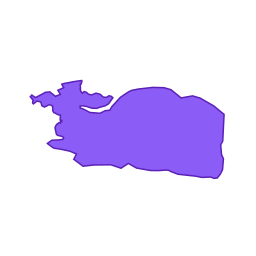 outline of Okrika, Rivers, Nigeria, rotated 287°
{"feature_id": "59680162B90615098764032", "entity_name": "Okrika", "entity_type": "district", "adm_level": 2, "iso_a3": "NGA", "parent_name": "Nigeria", "parent_adm1": "Rivers", "projection": "natural_earth1", "projection_center": [7.075, 4.627], "detail": "fine", "context": "isolated", "style": "filled", "palette": "violet", "viewbox_px": 256, "rotation_deg": 287, "n_neighbors": 0, "source": "geoboundaries", "source_scale": "gbopen_adm2", "svg_char_len": 2047}
<svg xmlns="http://www.w3.org/2000/svg" viewBox="0 0 256 256"><g transform="rotate(287 128 128)"><path d="M87.5,133.1L94.2,138.7L92.2,147.8L93.9,161.9L96.3,170.0L98.9,176.6L99.4,179.7L98.9,181.7L98.4,189.4L101.7,206.7L102.4,213.3L103.9,217.5L105.3,221.4L105.0,225.0L106.3,228.0L110.9,229.8L115.7,230.6L126.4,228.3L130.0,225.2L138.9,221.6L143.3,222.4L169.1,215.9L174.2,203.5L177.7,188.2L177.6,180.4L172.3,170.0L177.2,157.9L177.1,150.7L174.8,142.4L174.1,139.9L168.3,126.5L165.0,120.4L162.8,118.0L155.2,111.8L143.9,106.4L139.7,105.4L137.9,101.2L133.9,96.9L131.7,86.9L132.9,80.8L133.2,78.2L133.1,76.5L135.0,75.8L136.0,78.2L136.5,82.1L136.4,85.0L136.4,87.8L137.6,92.2L140.1,95.8L142.7,99.9L145.5,102.4L152.5,104.7L153.4,102.8L153.3,100.4L151.1,98.6L150.3,95.6L150.9,94.0L152.1,91.7L152.0,87.2L149.1,83.7L148.7,80.4L149.4,79.0L150.0,77.6L150.0,75.4L149.1,74.8L148.0,74.4L148.2,73.4L148.9,72.9L149.0,72.2L150.2,71.6L150.7,71.3L151.1,70.9L151.3,70.8L151.5,71.1L153.1,70.6L155.2,69.7L155.7,69.5L156.0,70.2L158.9,70.3L159.2,70.3L159.5,70.2L159.9,69.9L158.5,66.8L156.0,61.6L154.5,58.9L151.8,53.7L151.3,53.0L150.8,52.4L150.5,51.9L150.2,52.1L149.8,52.5L149.0,53.4L147.8,54.8L143.6,49.9L142.0,51.7L140.3,53.5L137.7,50.0L137.0,49.6L139.2,43.8L139.7,42.7L137.9,38.4L136.6,37.3L130.1,30.7L131.0,27.5L131.4,26.4L129.3,25.4L127.4,28.3L127.0,28.9L126.7,29.3L126.0,29.1L124.7,29.3L124.2,29.4L123.9,29.6L123.4,30.5L127.1,33.1L127.4,37.0L124.1,39.1L123.6,41.9L125.8,44.4L126.8,45.2L127.4,47.0L127.2,48.0L126.8,49.5L124.5,50.4L122.2,51.2L121.0,52.7L120.9,54.2L120.2,57.6L120.6,59.6L116.4,60.6L115.3,61.1L115.9,62.4L115.1,62.8L115.1,62.0L115.0,61.9L114.4,61.9L113.6,62.0L113.0,61.9L113.2,61.3L113.2,61.0L113.0,60.6L112.6,60.2L111.9,60.0L111.6,59.3L110.5,58.8L109.4,58.4L107.9,58.1L106.7,58.2L101.0,61.4L100.4,62.8L100.7,67.5L99.8,69.4L98.1,69.0L96.2,64.9L94.1,58.8L89.8,55.5L89.6,55.4L87.2,62.0L87.1,63.7L87.9,68.6L88.3,72.7L88.8,78.9L88.8,79.0L88.1,86.3L82.2,85.3L78.3,96.2L82.6,106.0L87.8,122.4L87.5,133.1Z" fill="#8b5cf6" stroke="#5b21b6" stroke-width="1.5"/></g></svg>